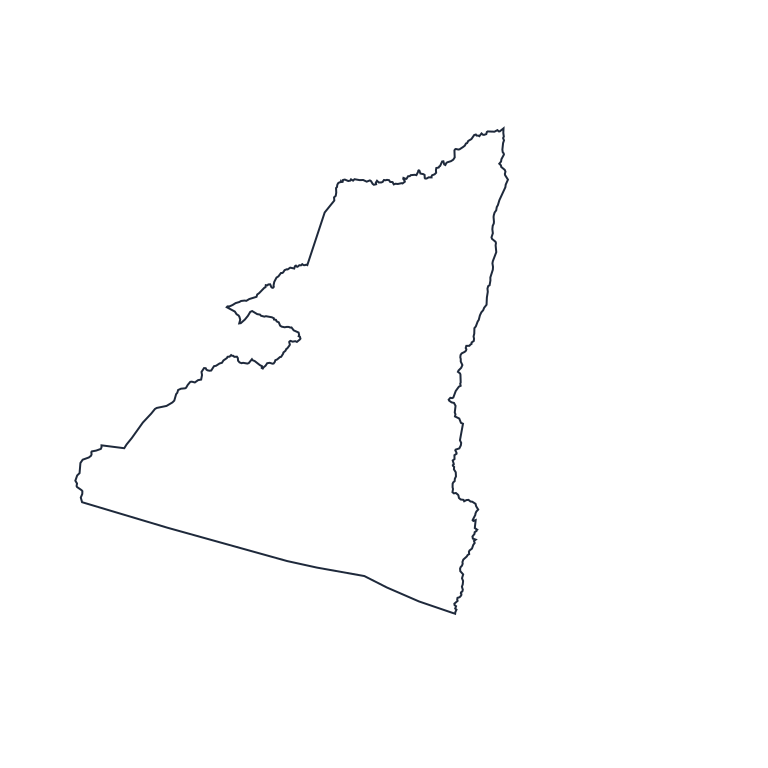 Chifunde, Tete, Mozambique, rotated 217°
{"feature_id": "85939544B38440784035247", "entity_name": "Chifunde", "entity_type": "district", "adm_level": 2, "iso_a3": "MOZ", "parent_name": "Mozambique", "parent_adm1": "Tete", "projection": "robinson", "projection_center": [32.901, -14.712], "detail": "fine", "context": "isolated", "style": "outline", "palette": "slate", "viewbox_px": 768, "rotation_deg": 217, "n_neighbors": 0, "source": "geoboundaries", "source_scale": "gbopen_adm2", "svg_char_len": 6166}
<svg xmlns="http://www.w3.org/2000/svg" viewBox="0 0 768 768"><g transform="rotate(217 384 384)"><path d="M572.7,165.0L571.5,163.4L571.1,161.7L573.8,157.6L576.8,154.3L576.7,153.4L575.2,151.8L574.8,150.4L575.5,147.7L579.1,142.2L578.9,138.2L573.5,129.6L574.0,126.3L572.3,121.0L569.3,119.8L568.1,117.5L567.1,117.0L561.7,117.2L560.4,116.9L558.8,114.6L557.8,110.8L554.0,107.9L470.7,138.8L354.8,184.3L327.1,197.0L284.1,218.8L259.3,223.2L225.2,231.4L188.9,243.3L189.8,244.9L190.3,247.4L192.0,247.5L192.7,249.9L194.6,249.9L195.6,250.9L194.7,255.1L195.9,256.0L196.6,257.5L195.3,259.2L195.1,261.6L195.7,262.8L196.5,262.9L197.1,263.9L196.6,265.5L197.3,267.2L199.8,269.0L200.5,271.3L202.3,274.3L204.8,275.8L206.2,279.6L210.4,280.4L212.1,282.3L212.6,283.9L212.4,285.9L213.0,287.8L214.2,289.0L215.0,291.5L214.1,296.1L214.3,297.7L213.6,299.4L215.2,301.1L215.5,302.5L214.7,305.5L215.9,309.3L215.9,311.6L217.7,312.8L217.1,314.9L220.0,314.0L221.6,315.5L221.5,318.7L222.4,320.2L221.7,322.3L222.1,322.9L221.9,323.7L224.8,323.6L228.9,330.5L230.2,328.4L231.3,328.6L232.3,334.4L233.0,335.6L233.5,337.7L233.2,340.4L236.8,341.8L238.8,343.4L242.7,343.1L244.2,342.2L246.8,342.3L248.3,340.9L249.4,338.6L250.8,339.3L253.3,337.9L255.6,338.1L257.5,339.8L258.4,340.1L261.0,340.2L262.4,338.7L264.2,338.8L265.7,341.7L267.1,342.8L269.2,345.7L269.5,347.2L269.1,348.9L270.4,351.0L270.9,353.5L273.6,356.7L276.8,357.9L278.1,360.0L279.8,360.2L280.2,360.6L280.0,362.0L283.1,364.3L282.5,366.5L284.9,369.5L284.1,372.0L284.8,372.8L287.1,373.9L287.3,374.7L285.1,377.9L285.7,381.2L286.9,383.4L289.5,384.8L297.0,399.8L299.2,399.3L303.1,401.7L307.8,400.8L308.7,402.8L310.4,403.9L313.7,409.6L316.7,411.0L319.0,410.0L321.9,409.9L322.9,410.4L322.7,412.9L321.1,413.7L320.5,414.9L322.5,421.6L322.6,426.9L321.7,428.7L323.3,430.1L323.7,431.4L328.6,437.5L329.6,438.2L332.3,438.2L332.6,439.7L332.1,443.4L332.8,446.3L336.2,448.1L337.8,450.2L339.1,451.2L340.3,453.2L340.4,455.2L338.9,458.2L338.6,460.0L339.1,461.3L340.4,461.9L341.2,464.0L338.8,465.9L338.7,467.5L338.2,468.6L339.0,469.9L338.2,472.4L339.3,474.3L341.1,475.9L342.2,478.5L345.4,483.0L345.3,485.2L346.8,490.3L346.9,492.2L348.7,496.5L349.4,499.8L349.2,502.6L349.9,505.2L349.8,509.0L353.9,515.0L356.6,520.1L358.8,522.5L359.7,524.9L359.1,526.4L361.3,530.7L363.2,533.1L365.9,540.8L367.4,543.1L370.0,545.6L371.0,547.6L373.7,556.9L378.3,561.9L379.4,563.9L380.5,564.7L385.0,564.9L386.4,565.8L387.8,569.9L390.6,572.8L392.4,575.8L392.9,578.2L393.8,579.7L397.0,583.3L397.9,584.9L398.9,587.6L398.9,590.2L400.4,593.1L400.7,595.4L402.5,600.3L405.5,614.2L406.8,616.5L408.0,621.8L413.0,623.7L413.9,624.5L414.8,626.7L416.5,627.7L421.0,627.9L422.2,629.0L424.5,629.3L424.4,632.1L425.5,634.2L426.3,639.4L427.2,640.2L428.7,640.6L430.5,642.4L433.9,648.1L434.8,650.8L436.9,652.1L437.2,653.7L439.8,656.3L442.4,660.1L443.6,655.4L444.4,654.8L446.2,655.0L447.6,652.0L453.2,648.1L453.5,647.1L452.7,645.1L454.1,643.1L455.1,642.6L456.9,642.8L457.0,639.3L458.0,639.2L459.6,638.1L460.8,638.5L461.8,637.1L461.6,632.2L463.0,628.8L462.6,626.5L463.3,625.3L462.9,623.0L463.5,620.8L464.9,616.9L465.7,616.0L468.1,614.9L468.5,613.9L468.3,612.9L463.9,607.5L463.7,604.8L464.6,602.3L466.9,599.1L467.2,597.9L466.8,595.8L468.1,595.6L470.6,597.6L471.5,596.7L470.4,591.9L470.8,591.0L470.6,589.8L472.2,588.0L471.2,586.0L469.5,584.1L469.8,581.9L471.2,579.6L470.9,578.1L470.4,577.6L472.7,575.9L473.6,573.8L474.7,572.9L475.5,573.1L477.4,575.4L478.8,575.3L481.6,574.0L484.1,575.7L484.8,575.6L485.0,575.1L484.5,574.1L483.8,570.3L485.2,569.7L488.3,566.9L488.5,565.5L489.8,564.4L489.5,561.6L489.8,561.0L492.5,560.3L492.1,559.4L489.8,558.7L489.1,558.1L489.9,555.3L490.9,554.9L493.3,552.1L495.4,550.8L496.3,549.3L498.7,550.4L500.7,549.1L502.7,549.8L504.5,548.8L505.4,547.6L506.8,546.9L506.7,544.5L507.5,543.3L509.5,541.8L511.9,542.1L511.7,539.9L510.5,538.8L512.0,537.0L513.5,537.0L516.4,538.2L517.8,538.1L519.6,535.2L523.4,534.4L526.1,532.2L530.8,529.8L531.1,527.8L533.5,527.6L533.3,526.2L534.7,524.6L538.3,523.7L539.5,522.3L538.7,520.5L539.6,519.7L540.5,520.1L540.3,519.0L541.2,517.7L541.5,516.6L541.1,514.8L540.1,513.1L540.2,511.6L537.3,508.1L535.8,505.2L536.2,503.0L534.1,500.6L534.6,485.3L516.8,432.8L517.9,432.5L518.8,431.2L519.9,430.5L521.4,430.5L521.7,428.8L523.1,427.9L523.6,425.6L524.4,425.2L525.6,425.5L526.0,424.4L525.2,422.2L528.9,420.5L529.9,417.5L530.7,417.1L531.9,415.1L531.7,412.4L532.1,411.4L533.1,410.6L533.1,406.4L533.9,404.3L533.1,399.5L531.5,396.2L530.5,395.3L530.5,394.2L531.1,393.6L532.3,393.6L534.9,395.1L536.3,393.9L536.5,392.6L537.9,391.8L536.9,390.0L537.5,388.7L538.4,381.4L539.1,379.2L538.3,376.9L542.7,370.8L544.0,367.6L545.6,366.7L548.1,364.3L548.9,362.4L551.2,359.3L552.5,355.9L554.1,353.0L555.7,351.8L555.8,350.7L546.7,352.1L543.7,351.0L541.4,351.2L540.0,350.7L537.5,348.8L536.1,345.3L535.0,346.4L533.9,351.7L533.7,356.6L534.2,361.1L533.2,362.9L527.3,363.5L524.8,364.8L523.3,364.5L520.1,365.8L519.1,367.1L513.7,369.8L511.5,370.2L510.7,369.3L508.9,370.2L507.4,369.4L505.1,369.9L502.1,368.1L500.3,368.2L497.5,369.5L495.9,371.2L494.3,372.3L492.9,372.6L491.9,373.5L488.4,372.5L483.2,373.7L481.4,372.2L480.9,370.8L479.7,371.2L478.0,369.9L478.0,368.9L478.9,365.2L480.6,364.8L482.5,362.8L484.6,362.2L485.0,361.3L485.0,360.5L482.9,358.8L482.7,358.0L482.7,354.1L483.1,353.3L482.7,351.2L483.3,348.6L482.8,347.6L482.5,343.8L483.3,342.9L484.1,339.3L485.1,337.6L484.5,335.9L484.5,333.9L485.3,333.1L488.1,332.1L489.8,330.3L489.6,327.3L490.2,324.9L490.1,323.4L491.3,323.2L492.2,324.8L494.4,324.4L501.1,324.5L503.3,323.9L504.4,324.3L504.6,319.3L505.4,318.1L509.3,316.1L510.3,314.9L512.4,314.3L514.6,314.8L516.3,316.7L517.9,317.3L519.9,315.6L521.3,315.8L522.3,315.1L523.5,315.1L523.8,312.9L525.3,311.6L525.1,310.1L526.4,306.2L526.2,303.4L527.7,301.4L529.1,297.5L530.5,295.9L530.1,290.8L531.3,289.6L533.2,288.7L534.5,288.6L535.9,289.3L537.3,288.4L537.0,283.8L534.7,281.6L532.7,277.5L534.8,275.2L536.0,271.4L538.9,270.2L540.0,269.1L540.2,265.2L539.8,261.9L540.3,260.8L543.3,258.1L544.8,255.3L543.8,252.6L543.9,250.8L541.5,244.5L541.9,241.9L544.5,235.6L551.1,228.1L551.9,226.2L552.1,220.2L553.4,208.1L552.9,188.9L553.2,180.7L552.8,176.4L572.7,165.0Z" fill="none" stroke="#1e293b" stroke-width="2"/></g></svg>